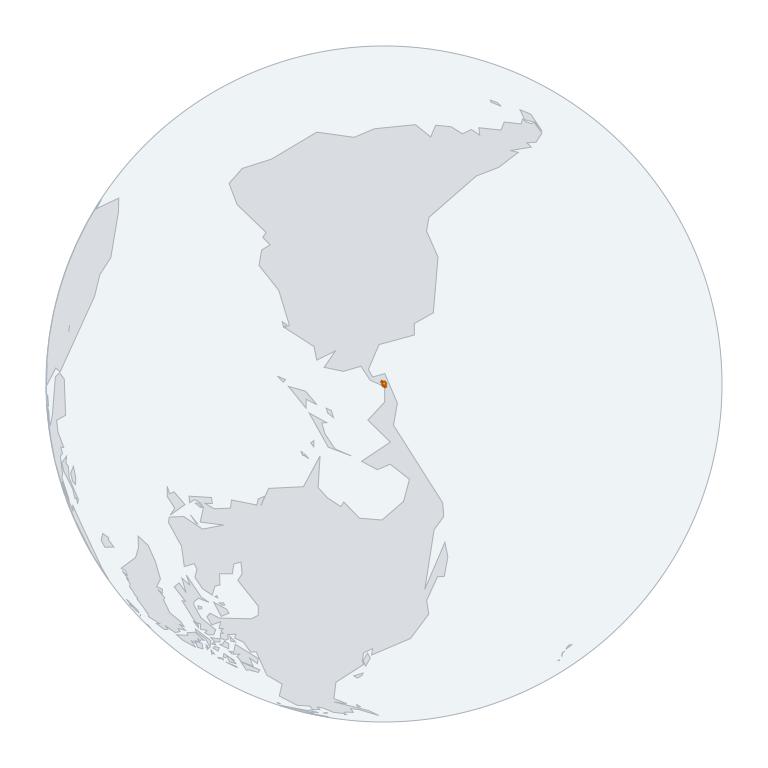 Ngöbe Buglé on an orthographic globe, rotated 217°
{"feature_id": "PAN-3454", "entity_name": "Ngöbe Buglé", "entity_type": "Indigenous Territory", "adm_level": 1, "iso_a3": "PAN", "parent_name": "Panama", "parent_adm1": "", "projection": "orthographic", "projection_center": [-81.839, 8.721], "detail": "fine", "context": "on_globe", "style": "filled", "palette": "amber", "viewbox_px": 768, "rotation_deg": 217, "n_neighbors": 0, "source": "natural_earth", "source_scale": "10m", "svg_char_len": 9190}
<svg xmlns="http://www.w3.org/2000/svg" viewBox="0 0 768 768"><g transform="rotate(217 384 384)"><circle cx="384" cy="384" r="338" fill="#eef3f6" stroke="#a8b0b8"/><path d="M405.3,386.3L397.3,382.7L389.6,392.8L361.8,376.7L351.6,356.8L265.6,324.4L256.6,314.2L256.3,297.8L227.8,244.5L240.1,294.2L229.0,284.4L220.1,266.6L225.3,262.3L219.7,236.8L209.8,227.2L209.7,196.7L230.8,160.1L233.8,165.8L238.6,157.3L235.0,150.1L231.5,147.7L242.9,116.9L234.7,102.6L221.3,106.3L232.6,100.0L200.2,113.8L188.8,116.1L208.3,108.8L215.3,104.7L210.9,103.3L217.2,98.9L218.7,96.1L226.6,91.4L237.4,88.7L242.7,86.0L239.3,85.3L245.1,81.0L249.3,82.2L259.9,75.2L279.8,71.8L284.8,83.1L302.4,81.0L324.9,93.2L329.4,89.6L340.9,93.4L350.3,91.1L351.8,95.0L358.1,89.9L354.9,86.8L356.6,83.8L361.9,82.5L364.7,86.9L362.5,88.2L366.1,88.9L365.2,91.9L368.6,89.6L371.4,95.9L376.5,88.0L385.3,91.5L385.0,96.2L374.8,97.9L348.7,116.5L345.2,123.6L350.7,131.0L382.5,139.2L383.0,146.9L391.1,155.7L395.6,149.9L390.9,141.1L401.2,133.5L394.1,124.8L397.3,120.8L394.2,112.0L405.8,111.3L418.7,115.9L421.9,123.6L427.6,126.3L433.6,118.0L448.2,132.7L472.9,143.8L475.4,148.5L464.3,157.6L441.6,158.9L427.1,174.9L447.7,163.1L453.8,176.6L459.5,178.7L465.7,177.6L467.8,172.2L472.2,177.1L453.5,189.5L449.2,185.2L455.1,181.0L444.5,182.2L431.9,192.5L436.0,199.6L412.7,210.8L415.3,216.4L411.7,222.6L409.1,212.7L413.3,231.2L386.5,253.5L391.8,288.1L374.4,261.7L360.8,259.0L344.6,260.1L345.1,265.6L322.9,262.0L303.7,274.2L297.7,302.0L306.3,323.2L330.8,323.7L337.7,311.6L355.4,308.8L343.9,341.5L375.1,345.4L372.6,369.9L381.9,382.4L397.2,378.7L413.1,384.3L424.0,369.7L441.8,361.3L442.8,381.1L452.1,362.6L462.4,371.8L497.3,369.2L494.8,373.9L524.4,395.5L555.2,403.5L562.3,417.4L558.7,426.6L569.1,428.2L569.3,434.1L609.2,438.9L628.4,450.9L626.9,470.9L609.2,495.9L589.2,544.7L556.3,563.0L545.3,582.0L515.0,610.0L495.4,609.4L498.4,621.7L485.4,629.8L471.9,631.0L467.4,639.8L457.3,640.4L462.5,645.7L443.4,657.2L445.6,665.6L431.0,674.2L432.8,678.9L428.3,678.9L422.9,680.7L421.5,683.3L408.8,679.3L408.2,668.5L415.0,662.7L409.0,661.8L423.6,646.5L416.2,649.8L422.7,626.2L435.5,605.6L448.4,544.1L442.1,531.8L417.2,517.8L387.5,470.6L396.2,450.6L389.3,441.4L411.7,412.5L405.3,386.3ZM76.9,289.2L79.2,281.5L79.4,286.6L76.9,289.2ZM79.6,276.8L79.0,279.4L79.3,277.2L79.6,276.8ZM79.1,275.1L79.5,276.3L78.8,275.7L79.1,275.1ZM78.2,273.9L78.8,274.2L78.6,274.5L78.2,273.9ZM390.6,300.0L426.3,315.8L406.6,318.6L410.2,315.4L401.1,308.6L384.2,302.7L366.8,306.9L390.6,300.0ZM77.7,269.7L77.7,268.4L78.5,268.0L77.7,269.7ZM405.2,280.3L399.0,279.1L405.0,278.8L405.2,280.3ZM228.9,147.6L234.3,150.6L235.2,159.2L230.0,156.9L228.9,147.6ZM228.2,133.1L232.5,132.7L226.8,140.6L226.1,138.4L228.2,133.1ZM210.3,110.6L213.5,111.3L208.3,112.2L210.3,110.6ZM217.5,96.6L214.6,98.0L216.6,96.1L217.5,96.6ZM388.1,113.1L391.1,112.6L390.1,114.4L388.1,113.1ZM383.9,110.0L380.6,112.6L378.1,111.5L380.2,109.9L383.9,110.0ZM230.6,87.4L234.7,84.4L232.4,86.9L230.6,87.4ZM388.5,107.2L374.2,109.4L369.9,107.7L374.2,100.5L388.5,107.2ZM238.3,82.3L248.1,76.1L242.5,78.3L263.9,69.6L248.5,77.2L246.5,79.6L243.5,80.0L238.3,82.3ZM351.6,86.5L355.2,89.7L347.3,88.5L351.6,86.5ZM346.1,86.6L319.4,89.1L316.8,84.5L326.2,84.2L318.8,80.0L330.7,76.3L337.4,77.9L336.8,81.4L341.8,77.5L346.1,86.6ZM274.2,66.4L278.1,64.9L276.0,66.0L274.2,66.4ZM356.7,82.5L351.5,83.1L348.8,79.0L358.7,77.1L356.4,79.0L356.7,82.5ZM311.1,81.0L310.8,78.0L320.3,74.1L321.5,72.6L330.7,75.9L311.1,81.0ZM359.7,79.3L363.7,76.4L369.8,77.2L361.6,81.7L359.7,79.3ZM344.0,78.9L343.2,77.0L346.8,77.4L344.0,78.9ZM393.7,79.9L387.6,80.1L385.7,77.8L393.7,79.9ZM364.8,75.3L362.7,75.0L361.3,74.3L365.1,72.8L364.8,75.3ZM336.8,73.2L340.8,72.5L333.5,71.6L340.3,69.2L345.2,72.1L346.0,69.9L348.1,69.2L349.7,72.4L336.8,73.2ZM364.7,69.3L373.3,73.1L385.0,73.0L387.1,74.8L367.8,74.8L364.7,69.3ZM355.8,70.8L361.7,70.2L361.3,72.4L356.8,74.2L355.8,70.8ZM343.2,66.8L331.5,69.7L330.8,69.0L343.2,66.8ZM368.2,68.8L366.1,67.9L369.1,68.5L368.2,68.8ZM351.0,66.7L346.9,67.7L346.3,66.9L351.0,66.7ZM365.2,65.7L367.9,66.8L365.0,67.9L365.2,65.7ZM358.7,65.8L358.8,64.5L362.3,67.6L357.0,66.3L358.7,65.8ZM351.0,65.8L349.3,65.7L352.8,65.5L351.0,65.8ZM374.6,61.5L379.7,65.2L373.2,67.4L369.2,63.4L374.6,61.5ZM429.2,687.8L409.5,680.9L420.9,684.0L430.8,679.7L440.4,684.9L429.2,687.8ZM457.6,676.3L467.9,673.5L469.8,674.7L463.1,676.9L457.6,676.3ZM625.7,147.9L619.0,141.7L626.0,148.8L633.2,155.8L641.5,165.2L640.6,164.1L625.6,150.0L629.9,159.2L650.7,191.9L650.0,197.6L642.4,195.6L619.5,167.4L623.6,158.0L615.6,149.5L601.6,140.6L604.0,139.0L598.8,134.8L599.1,131.6L586.6,118.8L584.9,115.4L567.5,103.3L564.3,100.4L575.5,108.1L582.3,112.3L576.6,106.4L573.2,104.0L600.6,124.6L625.7,147.9ZM567.0,99.9L561.0,96.2L567.0,99.9ZM543.9,86.3L544.9,87.0L532.3,80.5L519.8,74.6L516.3,73.2L536.5,83.1L544.1,87.1L549.7,89.8L570.7,102.9L575.4,106.8L555.5,95.3L560.0,100.1L542.6,90.5L498.4,67.1L486.4,62.2L488.7,62.7L516.9,73.3L543.9,86.3ZM274.2,64.4L267.6,66.9L268.5,66.7L274.4,64.6L263.9,69.6L242.5,78.3L241.6,78.2L228.8,84.6L228.6,84.0L226.0,85.3L249.7,73.9L274.2,64.4ZM720.9,358.1L720.7,355.9L720.7,361.2L719.1,350.9L718.4,352.4L707.7,372.8L699.5,361.4L678.3,320.6L676.7,300.2L667.9,279.7L650.0,198.9L655.8,199.1L652.6,180.4L653.9,181.4L664.6,196.6L667.6,200.3L680.0,220.9L690.8,242.4L700.1,264.5L707.8,287.3L713.8,310.6L718.2,334.2L720.9,358.1ZM667.3,235.9L670.5,242.0L667.3,235.9ZM498.4,368.9L502.7,372.5L497.2,372.9L498.4,368.9ZM404.2,326.8L411.6,327.0L415.6,329.9L410.0,331.1L404.2,326.8ZM465.5,324.9L473.8,326.2L465.3,328.2L465.5,324.9ZM431.8,317.8L458.9,324.6L442.4,331.0L425.2,327.1L436.9,325.0L431.8,317.8ZM402.4,291.6L407.1,292.9L405.9,296.5L402.4,291.6ZM409.5,280.1L407.7,280.5L405.3,277.7L409.5,280.1ZM454.8,175.8L456.5,175.0L463.0,175.2L460.3,177.5L454.8,175.8ZM489.3,163.7L495.6,171.9L489.3,167.3L486.8,171.5L470.4,167.9L475.8,150.7L476.3,158.8L489.3,163.7ZM450.0,159.7L459.8,163.0L448.8,160.1L450.0,159.7ZM569.9,117.9L574.3,119.0L580.5,124.2L582.5,131.3L573.6,123.4L569.9,117.9ZM579.0,119.6L558.7,107.9L556.6,104.0L561.2,108.0L561.8,106.5L569.4,112.8L587.3,121.7L593.9,127.1L594.1,135.4L590.4,129.3L586.4,128.2L579.0,119.6ZM510.5,93.8L501.7,91.2L508.6,85.7L516.0,89.0L518.6,95.4L511.3,95.5L510.5,93.8ZM399.0,95.1L395.1,96.2L394.3,94.7L396.9,92.5L399.0,95.1ZM391.0,80.2L414.8,89.4L411.7,90.9L429.4,95.8L427.9,101.9L416.5,98.3L428.7,107.3L417.8,106.5L427.0,112.5L401.6,103.8L392.3,104.3L403.2,101.3L404.8,95.4L402.7,93.1L389.8,87.2L370.5,86.4L369.0,81.4L373.0,78.1L377.4,77.5L377.0,80.7L383.2,77.7L386.0,82.0L391.0,80.2ZM421.4,55.8L419.1,57.6L432.0,56.5L434.8,59.0L436.1,58.8L442.3,61.1L452.0,63.7L451.8,64.9L455.7,65.5L459.8,67.5L465.1,68.9L466.6,71.8L473.1,74.0L470.1,74.2L481.0,77.3L473.5,76.4L478.2,79.5L483.0,78.7L478.0,96.0L481.6,105.5L488.8,114.5L475.0,113.1L459.5,104.4L445.2,93.7L443.7,85.3L437.7,86.8L435.2,83.5L441.0,83.7L430.6,81.5L430.1,78.9L417.4,72.4L402.8,71.8L397.8,69.9L403.2,68.9L394.4,67.7L401.3,64.8L397.9,63.5L401.2,59.8L413.7,59.4L408.9,58.1L411.2,55.9L421.4,55.8ZM375.9,60.4L390.2,58.3L398.8,58.9L389.4,65.2L391.5,66.8L385.8,71.9L373.5,71.1L376.3,69.6L376.1,68.1L380.0,68.9L376.7,67.1L380.5,65.2L378.9,63.5L384.0,63.1L375.9,60.4ZM652.7,179.1L649.0,174.7L648.9,174.3L647.7,172.6L652.7,179.1ZM639.2,165.1L638.2,163.2L645.9,172.0L646.0,172.8L639.2,165.1ZM631.0,155.4L637.5,162.5L634.1,159.1L631.0,155.4ZM573.8,106.4L571.9,104.6L574.3,106.1L578.3,109.0L573.8,106.4ZM460.2,57.0L457.5,57.0L455.3,56.4L444.6,55.1L441.7,53.7L447.0,53.9L460.2,57.0ZM455.2,55.2L451.1,54.7L452.2,54.4L455.2,55.2ZM439.0,52.7L439.1,52.1L440.1,53.4L439.0,52.7ZM423.7,48.7L429.3,49.4L428.3,49.5L423.7,48.7ZM276.0,65.3L277.9,64.9L274.2,66.1L276.0,65.3Z" fill="#d9dde1" stroke="#a8b0b8" stroke-width="1"/><path d="M383.0,382.7L383.3,382.8L383.4,382.7L383.5,382.7L383.8,382.6L384.3,382.8L384.4,382.7L384.4,382.4L384.0,382.1L383.8,381.8L383.7,381.8L383.5,381.7L383.4,381.5L383.5,381.5L383.8,381.6L383.7,381.4L383.8,381.4L384.0,381.5L384.0,381.8L384.2,382.0L384.4,382.0L384.5,382.0L384.8,382.4L385.2,382.9L385.5,383.2L385.6,383.3L385.7,383.5L385.8,383.5L386.0,383.5L386.4,383.6L386.5,383.5L386.8,383.6L387.1,383.6L387.3,383.6L387.6,383.6L387.6,383.8L387.7,384.2L387.6,384.6L387.7,384.8L387.8,385.0L388.0,385.3L387.8,385.4L387.7,385.3L387.3,385.2L387.2,385.2L386.9,384.9L386.8,385.0L386.5,385.0L386.5,384.9L386.4,384.9L386.2,384.8L386.0,384.7L386.0,385.0L385.8,385.5L385.8,386.0L385.7,386.0L385.4,386.1L385.3,386.4L385.2,386.5L384.9,386.6L384.7,386.6L384.3,386.7L384.2,386.6L384.1,386.4L383.9,386.3L383.4,386.3L383.1,386.2L382.9,385.9L382.8,385.6L382.7,385.5L382.3,385.6L382.1,385.6L382.0,385.4L382.2,385.0L382.2,384.9L382.2,384.6L382.2,384.1L382.2,383.8L381.9,383.7L381.6,383.7L381.4,383.7L381.2,383.6L380.9,383.5L381.0,383.4L381.0,383.2L381.1,382.9L381.0,382.7L380.9,382.5L380.7,382.5L380.6,382.4L380.8,382.2L381.0,382.0L381.0,381.8L381.1,381.7L381.3,381.7L381.2,381.8L381.3,381.8L381.4,382.0L381.2,382.1L381.2,382.3L381.3,382.3L381.5,382.4L381.5,382.5L381.9,382.6L381.9,382.8L381.9,383.0L382.0,383.2L382.0,383.3L382.1,383.2L382.3,382.9L382.5,382.9L382.9,382.9L383.0,382.8L383.0,382.7L383.0,382.7ZM385.6,381.7L385.7,381.8L385.8,381.8L385.7,381.8L385.5,381.7L385.6,381.7Z" fill="#f59e0b" stroke="#b45309" stroke-width="1.5"/></g></svg>